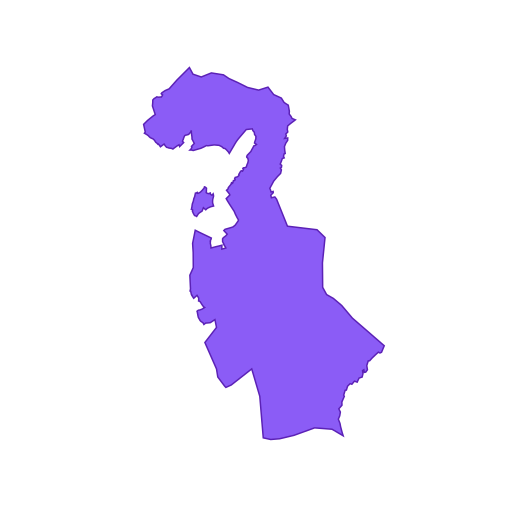 Ilorin South, Kwara, Nigeria (Equal Earth projection), rotated 34°
{"feature_id": "59680162B63804955714699", "entity_name": "Ilorin South", "entity_type": "district", "adm_level": 2, "iso_a3": "NGA", "parent_name": "Nigeria", "parent_adm1": "Kwara", "projection": "equal_earth", "projection_center": [4.582, 8.481], "detail": "fine", "context": "isolated", "style": "filled", "palette": "violet", "viewbox_px": 512, "rotation_deg": 34, "n_neighbors": 0, "source": "geoboundaries", "source_scale": "gbopen_adm2", "svg_char_len": 5354}
<svg xmlns="http://www.w3.org/2000/svg" viewBox="0 0 512 512"><g transform="rotate(34 256 256)"><path d="M191.2,268.6L196.4,281.0L202.0,288.3L210.5,300.7L211.9,308.9L220.1,319.9L220.9,321.9L221.5,321.7L223.4,323.5L223.5,323.7L224.9,324.6L225.1,324.4L225.9,325.0L228.0,325.9L229.1,321.6L232.0,322.9L233.6,325.4L234.1,325.1L235.2,325.1L238.9,326.7L240.9,327.4L242.2,327.4L241.1,330.0L239.6,332.2L238.6,333.1L238.2,334.0L238.0,334.8L239.2,335.7L239.2,335.9L239.5,336.2L240.4,336.9L240.4,337.1L241.5,338.2L242.6,339.2L244.7,340.2L245.6,340.7L246.8,341.0L248.5,341.0L249.8,341.1L250.7,341.7L251.1,341.9L251.6,340.2L252.0,339.5L252.3,339.4L255.4,336.8L257.5,331.7L263.2,337.3L262.0,356.3L286.4,371.7L292.0,377.7L302.7,381.4L304.5,381.8L307.6,376.8L315.6,352.0L337.6,370.2L363.7,402.7L370.8,399.9L377.8,394.3L387.8,383.4L400.7,365.7L415.9,357.1L428.8,356.3L426.4,354.4L421.8,350.4L419.2,347.8L415.5,345.2L414.8,341.7L413.2,338.2L410.1,336.4L410.7,331.6L408.8,329.0L407.7,323.0L406.5,322.3L405.0,317.5L405.9,316.6L404.7,312.7L405.4,309.2L407.2,308.7L407.6,304.7L410.4,304.0L409.7,299.6L411.7,297.0L410.5,293.8L408.4,291.4L409.0,290.0L410.9,291.9L411.9,290.9L412.0,288.0L409.1,284.9L407.7,280.2L408.8,279.3L409.3,275.7L410.2,271.5L411.2,267.3L413.0,267.1L413.9,265.6L412.5,258.7L370.6,253.6L354.7,249.1L343.9,247.9L336.1,248.5L328.8,244.7L314.9,224.5L302.9,202.1L291.9,200.1L265.4,213.7L241.3,197.4L238.6,196.5L236.2,199.1L234.3,197.4L234.9,193.9L234.1,192.9L232.7,194.5L231.2,193.2L229.6,192.2L229.3,188.9L228.8,184.0L229.4,178.1L230.2,173.8L228.9,170.4L227.0,169.5L227.5,168.2L226.6,166.5L224.7,166.3L224.1,163.5L223.3,160.4L224.5,158.9L223.0,157.9L222.2,155.6L222.9,154.7L220.8,152.4L218.4,149.4L217.6,145.8L217.6,142.4L216.3,140.4L214.0,142.5L214.0,139.5L212.5,138.2L213.0,135.4L211.1,133.5L209.5,130.4L210.6,126.7L212.5,121.1L209.0,121.8L207.0,120.7L204.1,119.7L202.7,117.3L198.4,112.9L196.5,113.0L194.8,113.0L193.4,113.0L188.7,110.9L180.4,112.3L171.5,109.3L165.4,117.0L154.7,121.0L143.3,122.5L134.4,124.0L127.7,124.0L122.8,126.3L116.6,129.2L110.5,138.2L102.1,140.5L95.4,137.0L93.6,146.4L92.1,154.0L90.5,166.0L88.2,169.6L86.7,173.3L86.7,174.5L88.5,174.7L88.7,177.0L88.0,177.5L86.5,178.8L84.7,179.6L84.3,180.8L83.5,182.4L83.2,184.4L84.7,186.7L86.2,189.5L93.4,195.1L92.4,197.4L90.3,204.2L89.2,209.7L94.9,215.2L94.8,216.6L97.9,216.4L99.7,216.5L100.7,216.8L102.3,217.0L105.3,216.5L105.9,216.6L107.0,216.8L108.4,217.4L109.4,217.8L109.9,217.8L110.9,217.9L112.1,218.2L112.2,217.8L114.0,218.2L115.7,218.9L117.2,214.6L119.4,215.5L121.1,215.9L122.4,215.4L123.4,215.2L124.6,214.6L125.9,214.0L126.6,213.9L127.3,213.8L127.7,212.5L128.5,210.3L129.2,208.4L130.0,206.8L131.5,208.0L132.6,202.4L131.9,202.2L131.0,202.1L130.6,201.1L130.5,200.0L130.0,198.5L129.6,196.2L129.9,195.4L130.2,195.1L130.6,194.7L131.1,194.2L131.5,193.5L131.8,193.4L132.2,192.7L132.3,191.6L132.5,190.3L132.3,188.6L132.6,188.6L133.1,189.5L134.2,190.7L135.2,191.9L135.7,192.4L136.4,193.2L137.6,194.9L138.1,195.1L141.9,197.2L141.2,201.2L142.0,201.6L142.3,203.5L142.0,205.1L143.7,204.0L144.9,203.7L150.1,197.5L151.9,194.5L153.1,192.2L154.4,191.6L159.2,187.3L163.5,184.9L166.4,184.5L167.7,184.7L169.0,184.8L170.3,184.2L172.2,184.5L173.4,184.8L175.0,185.2L176.5,185.9L176.2,181.1L176.0,177.5L175.8,174.9L175.7,172.1L175.8,169.4L176.1,166.4L176.7,161.3L177.2,156.6L181.8,152.7L183.3,153.8L185.4,154.4L186.9,156.1L189.0,156.8L190.3,158.9L191.3,162.5L191.6,163.2L194.0,163.2L193.6,164.6L192.6,165.9L192.9,168.2L193.0,169.9L193.3,172.3L192.4,177.5L192.8,179.0L193.3,179.4L194.5,179.5L196.2,181.1L197.1,183.3L197.5,185.5L198.2,187.6L197.3,189.1L196.2,190.0L196.2,190.9L197.2,191.2L197.4,193.2L196.4,193.4L196.0,193.9L195.9,194.8L196.0,196.3L196.1,198.0L196.7,198.4L196.7,199.4L196.4,200.5L195.8,201.4L194.8,202.5L195.1,203.9L196.0,204.4L196.0,205.4L195.1,206.1L195.7,207.8L195.9,208.7L195.7,209.1L195.1,208.6L194.8,208.8L194.8,209.5L195.2,210.4L194.8,214.8L195.3,215.8L194.8,218.0L199.2,219.4L200.2,220.0L199.2,225.1L201.4,226.2L205.2,227.9L213.0,231.2L215.4,232.8L218.8,234.7L221.3,235.9L221.6,236.9L221.5,242.1L220.6,244.9L218.4,247.6L215.4,251.2L215.1,252.9L219.9,254.0L219.7,256.1L219.1,257.9L218.7,259.1L218.7,260.5L220.3,262.8L222.9,264.2L223.0,264.6L225.5,265.6L226.5,266.2L225.8,267.1L225.5,267.5L223.8,269.4L222.7,267.7L221.7,266.1L219.9,268.2L218.2,270.0L214.2,274.5L212.7,272.6L210.9,270.9L210.1,269.4L209.7,269.3L209.4,267.4L208.9,266.1L196.0,268.0L191.2,268.6ZM171.7,236.1L171.4,236.8L171.4,237.2L170.6,237.7L171.6,240.2L171.9,240.9L172.4,243.3L173.3,245.4L173.7,246.9L174.1,248.5L174.7,249.7L174.8,250.0L175.1,250.5L175.6,251.6L175.9,252.4L176.3,253.1L176.3,253.3L176.6,253.2L177.2,253.2L177.8,253.3L178.1,254.3L180.0,255.6L182.4,256.8L183.9,256.4L184.7,256.4L184.6,253.4L184.9,252.0L186.2,248.9L185.4,245.4L188.5,245.8L188.8,244.3L189.3,243.1L190.2,241.6L191.0,240.4L192.9,238.3L190.4,236.3L189.4,234.9L188.7,233.7L188.3,232.8L187.4,230.2L186.7,229.3L185.7,228.4L185.5,230.3L184.9,230.3L184.0,230.3L183.7,230.3L183.1,229.5L182.8,229.3L182.5,229.8L182.0,230.7L180.8,231.2L180.0,231.3L179.3,231.3L178.6,229.9L177.9,228.9L177.6,228.4L177.3,228.0L177.1,227.5L176.1,227.3L175.5,227.3L175.1,227.3L174.6,227.5L174.9,228.5L175.0,228.9L175.0,229.5L174.8,230.1L174.7,231.4L174.3,233.6L174.0,234.6L173.6,235.3L173.0,236.4L172.6,236.7L171.7,236.1Z" fill="#8b5cf6" stroke="#5b21b6" stroke-width="1.5"/></g></svg>